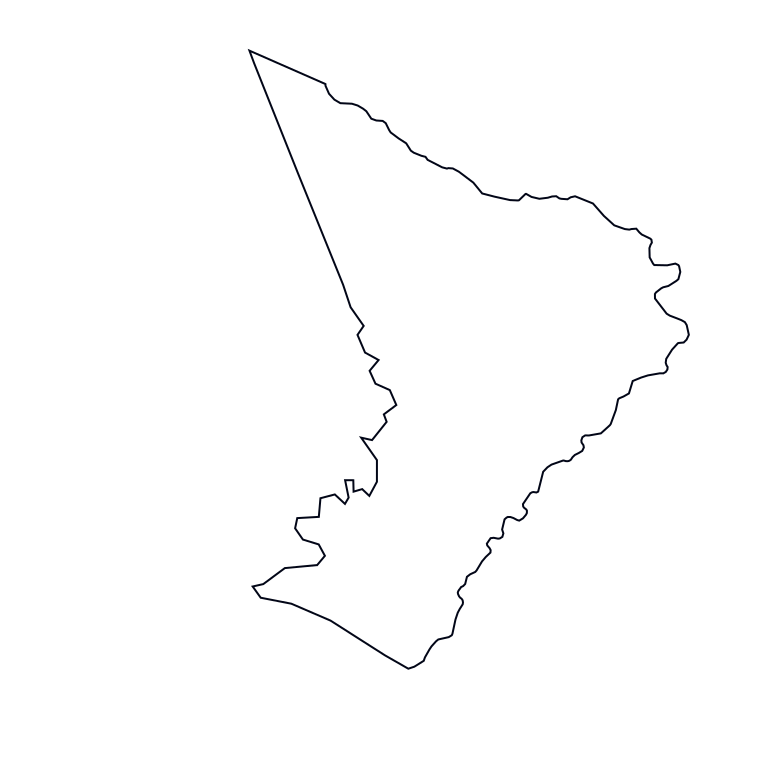 Nassau, Florida, United States of America (Albers equal-area conic projection), rotated 114°
{"feature_id": "52423323B49658569394047", "entity_name": "Nassau", "entity_type": "district", "adm_level": 2, "iso_a3": "USA", "parent_name": "United States of America", "parent_adm1": "Florida", "projection": "albers", "projection_center": [-81.792, 30.55], "detail": "fine", "context": "isolated", "style": "outline", "palette": "ink", "viewbox_px": 768, "rotation_deg": 114, "n_neighbors": 0, "source": "geoboundaries", "source_scale": "gbopen_adm2", "svg_char_len": 3010}
<svg xmlns="http://www.w3.org/2000/svg" viewBox="0 0 768 768"><g transform="rotate(114 384 384)"><path d="M133.8,559.5L134.2,642.5L143.7,633.2L226.0,548.8L310.0,461.7L327.5,445.7L339.2,426.2L349.9,428.2L363.0,414.1L364.3,398.7L377.8,402.5L387.2,391.9L387.2,376.2L398.2,364.2L411.8,371.8L417.5,366.2L440.1,372.1L442.3,383.0L456.4,359.5L476.2,350.7L492.2,351.9L488.9,361.2L494.7,368.0L484.4,372.9L487.7,380.4L502.2,370.1L509.4,370.9L504.9,384.0L514.2,395.6L531.9,389.5L541.8,408.7L552.0,406.5L559.1,394.8L557.1,378.4L565.0,368.1L576.6,371.4L592.5,399.7L615.9,412.9L622.4,421.6L629.4,409.7L622.4,379.3L621.9,336.6L631.5,272.7L634.2,246.0L629.9,241.3L620.7,235.1L617.1,235.4L608.0,234.5L604.4,233.9L597.9,231.8L595.3,230.5L588.9,221.9L586.0,219.9L584.3,219.9L570.1,222.9L562.9,223.6L558.7,223.3L553.2,222.5L551.4,223.0L549.6,224.2L548.6,225.8L548.2,227.6L547.4,229.1L545.7,231.0L544.4,231.8L543.1,231.9L541.6,231.7L540.0,231.3L538.2,231.0L536.4,229.5L533.7,228.5L526.4,229.8L522.7,227.8L518.6,224.2L516.7,223.6L506.2,222.3L500.7,220.7L494.7,218.2L492.4,219.0L491.0,220.8L489.5,224.0L488.0,225.1L481.5,223.9L479.9,221.3L478.9,216.9L478.0,215.4L475.5,213.7L471.9,214.2L468.9,216.9L458.6,218.8L456.2,217.7L455.1,216.8L454.1,214.4L453.8,211.2L454.1,207.0L453.8,204.9L451.8,203.5L450.2,202.4L445.7,201.1L443.8,201.0L441.6,201.9L440.8,202.9L440.0,205.9L439.3,207.0L437.2,208.2L424.3,205.9L422.6,204.6L421.9,203.5L421.1,200.6L419.6,199.4L399.4,202.9L393.6,200.8L389.5,198.2L381.1,189.3L380.8,188.7L380.5,186.5L379.9,185.0L379.2,183.9L378.2,183.1L377.2,182.5L374.2,182.0L371.2,180.8L367.8,178.0L364.5,175.7L360.7,175.6L358.8,176.9L357.1,179.7L355.2,180.8L351.9,181.1L349.1,179.3L347.7,175.9L340.9,165.8L329.8,160.9L328.3,160.6L313.5,161.6L302.8,163.9L301.4,163.3L298.0,160.1L293.0,156.4L280.1,158.0L273.5,151.7L268.8,146.4L262.0,136.3L260.7,133.2L258.4,131.5L255.5,131.0L253.1,131.8L252.0,133.5L250.0,135.3L246.2,136.4L235.4,134.8L227.2,132.1L226.6,131.4L224.2,127.1L220.4,125.6L215.1,125.5L207.1,131.4L205.1,134.3L204.7,138.4L204.9,143.3L205.3,150.7L204.8,154.4L195.7,171.2L191.6,173.1L189.8,172.8L183.9,169.7L182.1,168.3L178.8,164.1L170.8,158.8L168.5,157.7L161.1,158.9L156.4,162.3L155.6,163.5L155.5,166.8L160.4,173.6L165.4,185.5L164.6,187.2L160.3,192.8L151.9,196.8L148.5,197.1L145.9,196.8L143.4,198.4L142.9,199.8L142.6,209.3L141.6,212.4L139.5,216.7L141.8,221.0L143.2,222.7L144.5,227.0L145.4,238.2L141.0,251.5L134.1,266.5L134.8,285.8L137.5,289.4L140.6,291.5L142.7,297.3L143.1,299.3L142.4,303.0L144.3,306.7L147.2,310.1L151.6,317.4L153.1,325.3L152.5,331.5L152.8,332.0L161.2,335.4L161.8,336.2L164.7,343.6L167.9,359.2L170.0,371.8L163.7,384.3L159.6,402.0L159.1,408.8L160.6,413.0L161.6,414.1L162.4,419.0L161.5,435.3L159.6,438.5L160.3,442.6L160.6,450.9L159.9,454.4L155.1,461.6L153.7,470.5L151.5,480.2L150.0,482.5L145.0,488.5L144.2,492.2L146.4,498.2L146.8,503.5L142.0,511.1L141.0,515.1L140.3,521.3L141.0,527.3L145.2,538.1L144.4,545.0L141.2,552.3L135.4,558.7L133.8,559.5Z" fill="none" stroke="#020617" stroke-width="2"/></g></svg>